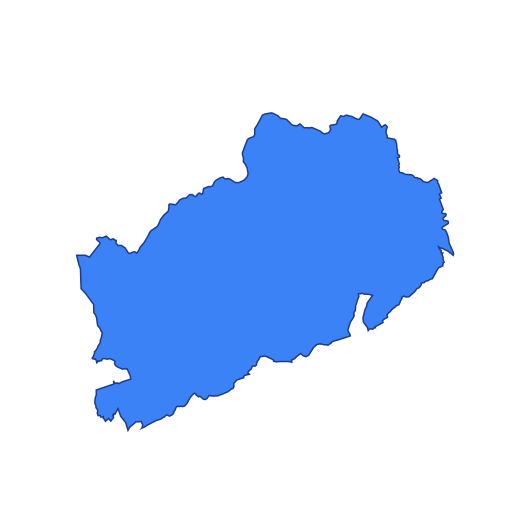 the district of Corbi, Arges, Romania, rotated 254°
{"feature_id": "2599482B64907483378963", "entity_name": "Corbi", "entity_type": "district", "adm_level": 2, "iso_a3": "ROU", "parent_name": "Romania", "parent_adm1": "Arges", "projection": "robinson", "projection_center": [24.82, 45.271], "detail": "fine", "context": "isolated", "style": "filled", "palette": "blue", "viewbox_px": 512, "rotation_deg": 254, "n_neighbors": 0, "source": "geoboundaries", "source_scale": "gbopen_adm2", "svg_char_len": 6071}
<svg xmlns="http://www.w3.org/2000/svg" viewBox="0 0 512 512"><g transform="rotate(254 256 256)"><path d="M366.2,382.4L366.5,381.4L366.1,379.2L366.2,378.0L367.5,376.1L363.6,371.5L361.2,370.3L360.6,369.6L360.8,365.2L361.2,363.7L360.6,362.9L360.0,362.7L356.8,362.5L354.7,360.3L354.4,358.9L354.5,356.9L354.3,355.9L355.8,353.8L358.1,352.4L363.8,345.6L364.4,344.0L364.3,342.5L364.9,341.6L365.8,338.1L366.1,337.5L370.8,334.7L370.8,333.9L369.9,332.3L370.0,331.0L371.0,328.3L372.5,326.5L378.6,323.2L379.8,321.5L381.8,317.3L385.0,315.5L389.0,311.0L389.4,309.8L390.0,303.9L389.7,301.1L381.6,293.3L379.6,290.8L377.9,289.5L373.1,288.3L371.4,286.5L371.1,282.3L370.7,280.8L370.0,279.6L359.2,271.6L357.7,271.0L353.4,270.9L350.1,269.8L346.9,271.1L343.2,271.7L337.4,271.1L334.8,269.6L332.5,266.0L331.9,264.3L331.3,259.5L332.4,256.2L337.7,251.5L338.2,250.1L338.3,248.3L339.1,246.9L340.7,246.3L341.0,245.5L340.9,242.5L339.6,237.9L338.6,236.4L335.2,233.4L335.3,231.0L335.8,229.6L335.4,224.5L334.7,223.8L333.6,223.5L330.3,221.6L330.3,220.9L331.9,219.3L332.2,218.6L331.1,216.2L330.0,215.4L330.0,214.2L330.6,213.1L332.7,211.6L333.3,209.2L331.0,205.0L331.6,201.1L330.8,197.9L329.0,195.8L327.4,192.8L329.8,187.6L329.3,186.4L326.3,185.6L323.3,184.0L320.5,178.4L317.4,174.3L313.8,171.5L311.6,169.2L309.2,162.0L307.8,160.1L304.8,157.6L299.7,152.1L296.3,147.0L293.2,144.4L291.7,142.2L291.9,141.7L292.8,141.3L293.5,140.4L293.7,138.6L293.3,136.2L293.8,134.2L299.9,132.4L303.3,129.4L304.2,126.2L306.9,125.0L309.5,125.9L310.0,124.9L311.8,123.7L311.8,120.3L316.4,117.6L315.8,113.1L317.1,110.9L317.1,107.8L315.8,107.3L312.0,109.6L311.0,109.6L300.9,95.7L303.8,92.0L306.1,83.8L296.4,83.4L292.1,83.7L272.8,78.9L266.4,82.1L254.2,86.6L246.2,84.5L243.7,85.5L240.4,85.7L232.9,84.6L229.4,86.1L226.7,86.4L224.7,87.1L220.3,84.9L217.5,82.9L216.4,82.9L214.8,81.6L213.2,79.5L211.2,78.1L209.0,75.6L208.6,74.4L206.6,73.7L203.7,71.5L203.4,70.6L202.9,70.4L202.3,70.6L201.8,71.8L201.3,72.3L201.2,73.3L200.6,73.3L199.1,73.9L198.7,73.6L197.3,73.6L198.6,75.2L198.5,75.8L198.0,76.0L198.3,78.2L197.9,78.7L198.8,79.2L199.4,80.2L199.4,81.0L198.7,83.1L197.9,84.2L197.6,87.2L196.1,89.2L193.7,91.5L191.6,90.3L189.0,91.0L187.2,92.7L184.0,96.5L183.7,99.7L183.1,99.9L182.8,101.1L175.6,102.1L172.2,101.7L171.9,92.7L171.1,88.8L172.1,88.1L172.0,87.0L172.5,86.5L172.6,85.6L172.9,85.1L175.2,84.7L172.1,84.1L171.2,65.5L166.5,64.2L163.8,62.3L160.2,60.9L158.5,60.5L156.1,60.9L155.1,60.5L154.0,60.5L151.8,61.3L150.0,60.9L148.9,60.1L146.1,60.2L145.7,62.2L143.9,62.4L143.7,64.9L142.6,64.5L141.6,64.6L141.1,65.3L138.6,65.7L140.4,69.6L137.3,70.9L140.1,74.6L142.4,74.4L142.5,74.6L141.9,75.0L142.9,75.5L143.5,75.5L143.7,75.8L142.9,76.9L147.3,81.3L139.3,81.8L131.7,84.8L123.7,84.9L126.1,87.2L129.6,94.9L128.5,100.0L125.0,100.6L122.3,99.1L122.0,98.7L122.3,101.5L123.5,105.4L125.3,114.5L125.5,119.7L126.3,121.8L126.4,123.2L128.0,126.4L126.0,128.5L126.0,129.7L126.7,132.3L127.7,133.5L129.5,134.6L129.8,135.5L132.6,137.5L133.3,138.8L132.5,140.3L132.3,142.4L131.5,143.8L131.4,145.4L131.8,146.9L134.0,149.7L137.8,153.5L140.0,156.6L141.1,159.1L139.8,160.2L139.1,160.1L136.4,162.0L136.6,162.9L136.2,163.8L132.9,165.9L132.1,167.4L132.4,169.4L134.4,171.9L134.6,172.5L133.0,176.9L132.2,180.5L132.1,181.7L132.5,183.4L132.4,184.3L133.3,191.8L135.0,195.8L135.0,197.1L135.3,197.7L136.9,198.9L139.5,199.4L142.1,203.4L142.4,210.6L143.4,210.9L144.4,212.2L144.1,217.1L144.6,216.9L145.5,215.9L146.7,216.5L147.5,217.5L148.8,220.5L150.5,221.4L151.0,223.1L150.4,224.7L151.0,226.2L153.4,227.5L158.2,232.6L157.8,233.5L157.3,237.0L156.8,237.9L152.8,242.6L150.7,244.4L149.9,244.0L148.7,246.2L148.1,249.5L145.3,259.1L144.0,261.1L146.2,261.7L146.6,264.8L148.4,267.8L149.9,272.1L147.2,273.8L145.4,276.4L146.2,279.4L152.3,286.2L154.1,290.1L154.0,293.3L153.7,293.3L153.2,295.1L152.1,296.6L151.1,299.5L150.4,300.5L151.6,304.2L152.0,304.2L152.4,305.0L152.8,307.6L152.7,311.1L153.2,324.6L155.5,324.6L158.2,323.8L159.6,323.9L166.4,328.5L170.9,333.5L172.2,334.1L173.4,334.0L175.3,335.1L176.1,336.4L181.0,338.2L182.6,339.5L184.9,340.8L188.8,343.8L191.4,343.9L191.4,344.7L190.8,346.1L191.1,347.2L189.4,349.8L188.1,353.9L186.0,357.2L180.1,349.9L176.7,348.1L174.6,346.1L166.9,341.7L162.6,341.1L156.7,343.4L153.4,343.3L154.4,344.7L154.5,346.2L153.5,347.8L153.7,348.6L154.2,349.1L154.1,350.9L154.8,350.9L155.2,351.2L157.1,359.8L158.6,359.6L159.4,360.6L160.0,361.8L160.7,365.5L161.3,365.7L163.2,365.6L165.1,368.1L165.3,369.4L167.1,371.8L168.9,376.4L169.6,376.9L169.7,379.8L171.8,381.7L173.3,382.5L174.0,383.6L175.1,384.5L176.0,384.9L176.8,386.9L175.8,388.0L175.0,389.8L174.6,391.7L177.9,398.6L180.3,401.7L180.5,403.6L181.3,405.3L182.7,406.8L183.8,407.1L184.4,408.5L184.0,410.4L184.7,411.2L185.0,412.9L184.8,414.6L185.6,416.9L185.6,419.3L194.3,428.0L195.0,432.9L196.3,433.1L197.1,433.9L197.8,433.8L198.2,434.3L198.2,435.1L201.0,434.9L202.8,435.4L206.6,435.3L207.4,436.3L207.6,435.4L208.1,434.9L208.8,434.9L210.2,435.7L211.6,434.4L214.4,434.1L212.7,435.6L211.9,437.4L209.8,439.5L208.0,441.7L202.3,445.8L203.6,446.5L205.1,446.6L215.5,445.2L220.8,446.0L225.2,445.8L227.9,445.4L228.9,445.0L229.4,444.5L230.2,442.7L231.3,442.4L231.9,442.6L232.4,443.3L234.2,449.7L235.7,450.4L236.5,450.1L237.1,449.4L238.4,446.4L239.9,445.9L240.9,446.4L242.2,449.3L243.3,450.2L244.5,449.9L245.4,447.0L246.5,446.5L247.7,447.0L249.0,448.9L260.3,448.0L260.6,450.0L264.9,449.2L265.6,451.9L274.9,451.3L276.0,450.9L277.4,450.9L278.4,451.4L281.5,448.5L281.2,447.9L279.4,441.9L279.6,440.2L280.4,439.3L281.1,437.4L281.9,437.2L285.2,434.9L285.5,434.3L285.5,433.4L286.6,432.9L287.3,430.8L288.0,429.9L289.6,429.4L291.2,428.0L293.3,422.0L295.3,420.0L296.7,417.2L299.9,416.9L302.1,418.3L303.6,417.8L304.6,419.1L311.6,419.1L311.4,420.7L312.0,421.4L313.2,421.5L314.6,420.3L316.8,420.5L318.3,421.1L320.2,421.1L324.8,422.0L329.0,422.1L329.3,421.2L330.2,421.1L333.3,414.8L335.8,415.2L337.5,414.9L339.1,415.1L341.2,416.0L343.9,417.7L345.5,417.2L346.6,416.3L345.3,412.2L352.2,410.2L358.1,404.4L363.1,398.1L359.0,393.1L359.2,391.8L360.1,390.4L364.0,386.2L364.3,385.1L366.2,382.4Z" fill="#3b82f6" stroke="#1e3a8a" stroke-width="1.5"/></g></svg>